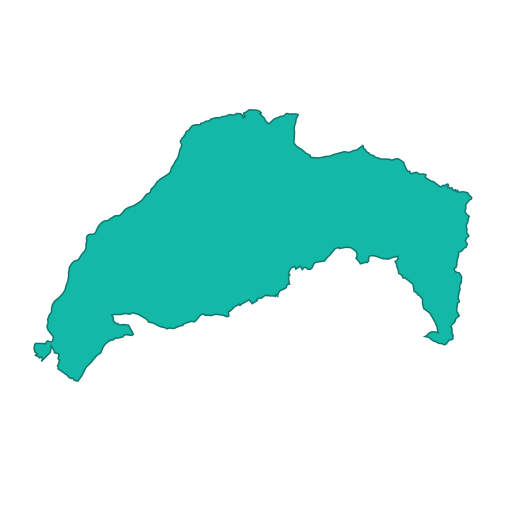 the district of Paltin, Vrancea, Romania, rotated 7°
{"feature_id": "2599482B62752740726315", "entity_name": "Paltin", "entity_type": "district", "adm_level": 2, "iso_a3": "ROU", "parent_name": "Romania", "parent_adm1": "Vrancea", "projection": "orthographic", "projection_center": [26.727, 45.767], "detail": "fine", "context": "isolated", "style": "filled", "palette": "teal", "viewbox_px": 512, "rotation_deg": 7, "n_neighbors": 0, "source": "geoboundaries", "source_scale": "gbopen_adm2", "svg_char_len": 6081}
<svg xmlns="http://www.w3.org/2000/svg" viewBox="0 0 512 512"><g transform="rotate(7 256 256)"><path d="M433.5,315.3L434.9,315.6L435.8,315.3L438.2,316.0L440.1,317.5L442.8,318.8L444.8,319.1L448.0,320.4L451.8,320.3L452.9,321.1L455.1,320.7L457.7,316.3L460.6,315.0L461.5,314.1L461.3,310.8L459.9,308.6L459.6,305.5L459.0,303.4L458.3,302.9L458.2,301.7L459.3,299.5L460.4,298.7L461.0,297.6L461.8,295.9L461.7,294.1L465.1,290.5L464.0,289.4L463.4,288.0L462.2,286.9L461.6,284.1L461.8,281.1L461.5,278.4L463.3,276.9L463.3,276.4L462.9,275.0L462.1,274.1L461.5,271.6L462.0,269.2L462.0,266.2L462.4,265.9L462.5,264.8L462.5,263.7L461.8,262.0L462.0,259.4L463.0,257.3L462.6,251.6L459.9,248.0L456.5,247.6L455.2,246.6L454.1,244.5L456.0,242.8L456.4,239.9L456.0,237.1L457.0,229.7L456.6,227.5L459.4,226.2L461.3,223.2L463.5,221.5L464.4,218.4L461.9,215.5L462.8,212.5L464.8,210.3L464.1,209.0L462.4,207.6L462.0,206.0L462.3,203.7L461.6,202.6L461.2,201.1L461.1,198.6L462.1,196.6L462.3,191.9L462.8,190.6L460.7,189.5L458.3,187.1L458.0,186.1L458.5,183.1L457.9,179.3L460.9,174.6L462.9,173.1L463.1,172.0L462.3,171.1L460.1,169.6L458.4,167.4L454.3,167.0L451.5,167.4L449.9,168.3L448.3,166.5L447.4,167.8L447.0,167.8L446.5,167.3L446.3,165.9L445.9,165.9L445.4,166.9L443.3,166.4L442.5,164.7L441.9,164.4L440.8,165.2L439.2,164.5L438.1,165.0L437.6,163.3L438.4,163.0L438.5,162.5L437.9,161.4L436.6,161.4L434.4,163.4L433.1,163.0L431.1,164.8L429.9,164.6L423.0,160.5L420.8,160.4L414.3,157.3L414.8,154.6L412.2,154.2L408.4,154.9L405.9,153.6L404.7,153.4L399.6,155.5L398.1,153.1L397.5,153.6L396.1,153.2L394.9,151.9L391.5,146.4L391.4,145.2L385.7,142.3L383.6,142.3L379.0,144.4L377.3,143.8L374.6,143.8L368.0,144.6L365.5,143.8L362.7,143.5L359.9,141.8L357.2,141.7L355.9,140.3L352.3,138.6L351.9,137.3L350.0,136.4L349.0,133.8L348.5,133.3L342.9,138.7L340.3,139.3L335.7,141.9L331.0,141.7L320.6,145.9L316.7,148.1L313.8,148.5L306.4,151.1L298.1,151.4L297.6,149.6L293.0,147.9L288.6,144.8L283.2,142.4L280.1,139.5L279.7,138.3L279.2,128.3L278.3,125.5L278.5,120.8L279.1,119.1L279.1,115.1L280.7,110.6L278.3,110.1L272.8,111.0L268.9,110.8L266.2,113.9L263.1,114.4L262.0,115.4L258.8,116.9L256.9,118.3L253.7,122.1L253.4,123.2L251.8,122.7L249.3,121.1L247.5,118.2L242.4,114.3L243.9,113.4L242.6,112.3L240.6,111.4L238.8,111.2L232.3,111.6L231.4,111.8L227.9,114.9L226.5,115.5L226.6,116.8L228.2,118.6L228.2,119.0L227.0,119.0L226.9,120.3L226.3,120.4L225.3,118.0L223.5,116.6L219.2,117.0L216.9,119.0L213.4,118.7L210.7,119.7L209.5,120.8L205.4,121.8L204.1,122.9L199.2,123.7L194.5,125.7L193.5,127.1L192.4,127.8L190.0,128.3L187.2,130.4L185.1,131.0L184.8,132.4L182.3,133.0L180.8,132.9L177.2,134.2L175.3,136.5L174.3,138.8L171.6,141.2L171.1,143.6L170.2,144.8L169.8,146.3L168.4,147.9L166.9,151.2L166.9,151.7L168.7,154.4L168.7,155.5L168.4,157.5L167.6,159.4L166.7,167.0L165.9,169.2L164.5,171.5L163.3,175.1L161.5,178.3L160.5,183.6L157.8,186.4L151.9,191.1L148.7,194.6L147.0,198.4L143.6,202.9L143.5,204.9L142.9,206.2L139.8,208.1L136.1,214.4L133.7,216.8L127.9,221.4L124.0,223.2L121.3,225.0L119.4,227.1L118.7,228.7L115.9,232.4L111.2,233.3L106.2,237.2L105.4,238.5L101.1,239.8L99.3,241.2L97.7,243.0L95.7,246.2L93.8,252.6L91.5,254.4L88.2,254.7L86.8,255.6L85.8,257.1L85.7,258.1L85.6,259.6L86.2,261.6L85.8,265.7L86.3,267.5L85.7,271.7L83.3,274.7L80.3,281.0L79.6,281.8L76.4,283.1L74.2,285.6L72.4,289.5L72.1,290.7L72.3,292.7L71.8,295.0L72.4,297.4L72.4,303.7L71.2,308.0L70.5,313.3L68.8,316.8L65.6,321.3L61.7,325.3L60.0,328.9L59.5,332.4L59.8,336.8L58.0,339.8L57.0,344.3L57.8,347.9L57.1,351.0L57.3,352.2L58.6,354.7L64.8,361.0L64.5,364.9L64.0,365.7L62.5,366.4L59.5,365.6L58.2,367.3L58.1,368.2L57.4,369.0L56.4,368.7L48.2,369.6L47.5,370.1L47.2,370.9L46.9,374.6L48.1,378.0L49.6,379.1L50.9,379.5L49.2,381.5L50.4,382.0L51.9,381.9L52.9,383.2L53.7,383.5L54.9,382.4L55.5,382.5L56.2,383.4L56.4,385.0L55.7,386.8L63.6,376.7L63.7,370.4L67.3,374.7L67.8,376.7L71.3,376.9L72.5,377.8L72.1,381.8L72.9,383.1L73.6,383.0L73.7,383.9L72.9,387.9L72.3,389.2L73.5,390.9L73.2,392.1L83.4,397.5L85.2,399.4L87.7,400.1L89.3,399.6L90.4,401.3L92.7,401.9L93.6,401.5L94.4,401.9L97.6,396.3L100.9,387.2L105.3,381.6L110.0,374.3L113.8,370.9L114.9,366.5L116.7,362.4L119.2,359.5L121.2,357.7L124.4,356.7L126.5,354.6L128.6,354.4L133.6,352.6L135.0,350.4L137.4,349.9L142.3,350.0L143.9,348.6L137.9,340.2L132.3,340.2L129.8,341.0L128.1,340.9L127.1,339.8L124.6,340.0L124.0,339.0L122.4,338.0L121.9,334.6L120.0,332.4L122.3,331.4L128.8,330.6L132.9,329.0L137.9,329.2L140.8,327.1L141.9,327.7L146.1,328.2L154.6,331.8L155.5,332.3L157.4,334.6L162.2,335.1L169.4,337.8L174.7,338.3L176.6,339.2L178.4,338.1L183.3,338.0L188.9,334.7L191.8,333.9L192.2,332.5L196.1,330.4L200.1,328.6L202.6,329.0L204.3,327.4L207.9,321.6L209.6,320.3L211.1,320.1L212.8,321.1L216.3,320.5L218.0,320.8L223.3,318.7L230.7,318.8L234.4,319.8L236.4,318.9L235.3,314.6L237.3,313.6L241.2,308.6L244.0,307.0L244.9,305.8L246.1,307.1L247.6,305.4L254.6,300.4L258.1,303.8L262.8,299.8L262.4,298.8L264.0,297.4L266.4,297.2L270.2,293.7L271.1,293.4L271.8,294.2L273.6,293.5L274.3,294.0L279.0,293.4L279.9,293.8L280.5,292.0L281.7,292.2L282.1,293.5L282.5,293.5L282.3,292.0L283.6,287.9L289.2,284.4L290.1,282.9L289.9,281.4L291.3,280.3L292.7,279.8L291.5,276.2L290.9,273.1L291.2,271.7L291.9,270.5L290.3,269.3L291.5,265.3L292.5,263.5L295.7,261.6L297.1,264.2L301.3,260.8L303.7,263.9L304.7,261.9L306.4,261.3L307.9,261.7L308.7,262.8L311.5,262.7L313.2,260.8L314.5,256.3L316.2,254.9L324.7,252.6L326.9,248.7L328.8,246.6L333.7,239.0L336.9,237.4L337.7,238.4L344.2,236.4L349.0,236.1L352.8,238.1L354.7,239.3L356.0,241.5L356.3,244.1L355.5,245.9L359.5,249.5L360.5,251.1L365.3,249.0L366.8,249.1L368.3,247.5L368.1,243.5L368.8,242.2L371.1,241.5L374.7,241.5L382.2,243.2L388.2,242.9L389.8,241.7L393.2,240.2L396.8,239.1L396.8,240.2L397.4,241.5L396.5,243.0L394.7,244.5L396.6,246.9L396.6,248.2L399.5,254.2L399.6,255.7L403.4,257.5L404.6,259.9L406.6,259.5L415.0,264.7L415.5,265.5L417.3,271.9L420.0,273.1L421.6,275.0L422.7,275.0L426.5,278.5L427.1,283.2L428.9,287.7L435.5,291.5L442.0,300.1L444.4,304.5L446.0,310.1L443.4,309.5L439.8,309.8L437.1,311.5L434.7,314.7L433.5,315.3Z" fill="#14b8a6" stroke="#0f766e" stroke-width="1.5"/></g></svg>